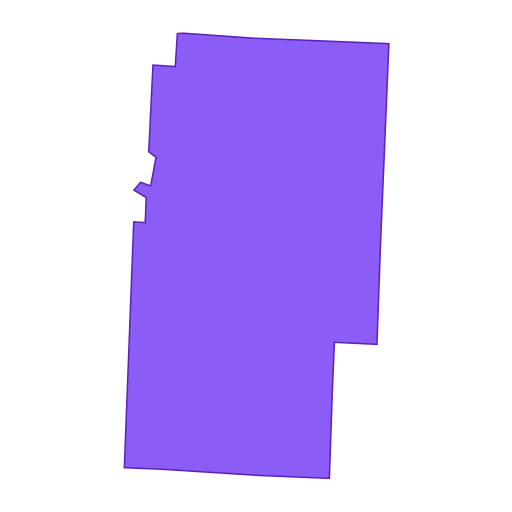 outline of Ogle, Illinois, United States of America, rotated 93°
{"feature_id": "52423323B31657722405352", "entity_name": "Ogle", "entity_type": "district", "adm_level": 2, "iso_a3": "USA", "parent_name": "United States of America", "parent_adm1": "Illinois", "projection": "albers", "projection_center": [-89.343, 42.045], "detail": "fine", "context": "isolated", "style": "filled", "palette": "violet", "viewbox_px": 512, "rotation_deg": 93, "n_neighbors": 0, "source": "geoboundaries", "source_scale": "gbopen_adm2", "svg_char_len": 452}
<svg xmlns="http://www.w3.org/2000/svg" viewBox="0 0 512 512"><g transform="rotate(93 256 256)"><path d="M474.3,376.4L473.9,342.0L475.0,239.9L474.2,171.1L385.4,172.7L338.1,173.2L337.9,130.6L242.0,132.2L207.6,132.6L37.0,134.4L38.6,271.0L37.3,340.5L38.0,346.2L71.0,346.5L70.7,368.9L157.5,368.6L162.7,361.0L191.5,364.9L188.4,375.1L196.6,381.4L203.4,368.7L228.4,368.4L228.3,379.9L474.3,376.4Z" fill="#8b5cf6" stroke="#5b21b6" stroke-width="1.5"/></g></svg>